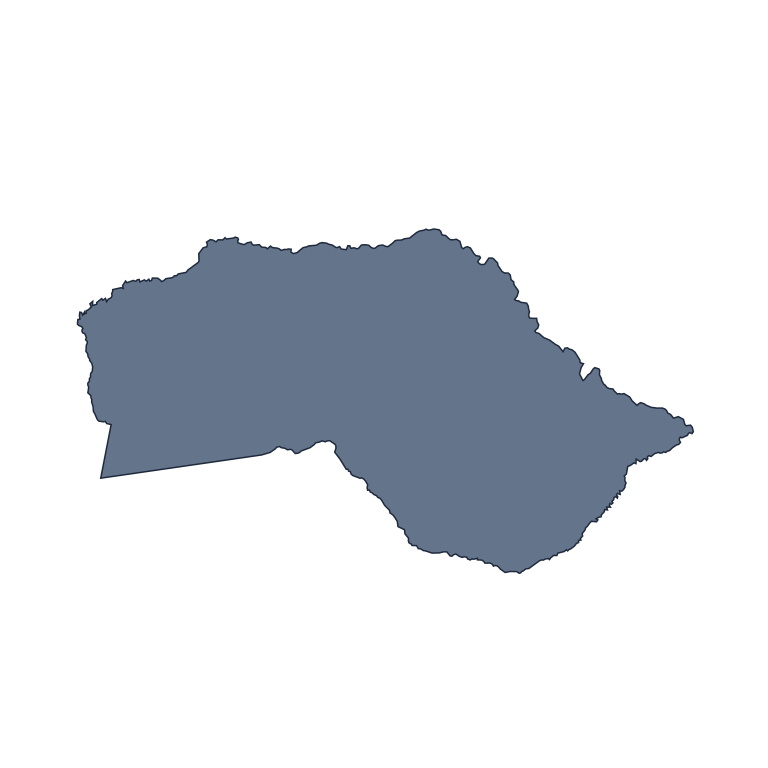 Santa Filomena, Piauí, Brazil, rotated 101°
{"feature_id": "56859067B19704876429785", "entity_name": "Santa Filomena", "entity_type": "district", "adm_level": 2, "iso_a3": "BRA", "parent_name": "Brazil", "parent_adm1": "Piauí", "projection": "albers", "projection_center": [-45.687, -8.973], "detail": "fine", "context": "isolated", "style": "filled", "palette": "slate", "viewbox_px": 768, "rotation_deg": 101, "n_neighbors": 0, "source": "geoboundaries", "source_scale": "gbopen_adm2", "svg_char_len": 6145}
<svg xmlns="http://www.w3.org/2000/svg" viewBox="0 0 768 768"><g transform="rotate(101 384 384)"><path d="M332.2,657.3L337.3,659.4L339.8,658.2L339.7,660.6L343.1,668.3L345.3,668.0L347.1,668.6L349.1,667.8L351.3,668.2L353.4,670.9L356.1,672.0L353.1,673.8L355.4,675.9L354.0,677.4L358.8,681.5L360.5,681.2L362.6,685.1L358.5,685.7L361.4,688.0L364.2,686.1L367.2,688.1L369.1,690.3L371.4,689.8L372.3,691.2L370.5,691.7L373.9,692.9L371.5,694.6L371.5,696.3L374.7,696.1L378.4,694.9L379.1,696.8L381.9,696.6L383.8,696.3L384.8,694.8L385.5,691.5L386.9,690.2L388.5,690.8L390.4,690.3L391.4,689.2L391.7,687.4L394.9,685.1L397.6,685.3L398.8,683.4L400.8,683.1L402.7,683.6L408.9,682.8L410.8,680.7L413.8,679.6L415.6,677.8L417.1,677.4L419.4,674.8L423.0,673.2L427.5,672.8L428.9,673.7L430.5,673.9L433.0,673.4L435.1,674.2L437.5,673.7L439.6,674.9L441.6,674.5L443.4,673.3L449.2,673.0L451.3,669.6L453.7,668.9L455.1,667.8L457.4,667.6L461.4,665.4L466.6,663.9L468.0,662.5L473.5,658.7L474.8,657.0L474.7,652.3L473.9,650.3L475.7,648.8L475.9,644.1L530.5,644.1L477.0,490.6L472.9,482.7L468.5,478.4L466.4,477.1L465.3,474.4L466.1,472.7L466.0,469.2L467.0,466.1L466.0,463.5L466.2,461.8L469.2,457.8L468.4,455.5L467.4,453.9L465.4,452.3L460.7,444.5L457.0,441.1L454.8,439.9L453.2,436.1L451.7,434.1L451.9,430.6L450.5,428.5L450.0,426.5L452.5,420.7L453.7,419.5L456.3,418.9L460.3,419.4L466.0,413.0L474.9,404.8L474.5,403.2L476.3,402.1L476.5,400.3L478.7,399.1L479.8,397.2L481.1,389.5L480.4,387.9L481.2,385.7L482.9,383.5L486.0,380.8L489.1,380.8L491.4,379.8L490.9,377.9L492.6,377.0L493.1,374.8L494.4,372.9L495.1,369.9L496.5,368.5L497.0,366.0L498.7,364.0L503.0,360.2L506.9,354.5L509.4,353.5L511.0,350.0L513.5,347.4L516.4,344.7L521.3,343.1L523.1,336.1L527.0,334.9L530.8,330.4L532.9,330.3L535.1,329.2L535.9,326.9L537.2,325.6L536.4,321.2L539.1,318.9L538.8,316.6L540.0,313.7L539.9,311.5L540.8,304.6L539.3,297.6L537.4,293.5L536.8,290.4L540.2,286.2L540.0,284.4L538.5,283.3L537.1,281.1L538.7,277.6L539.3,274.3L538.3,272.2L538.3,269.6L539.8,268.6L540.3,265.8L539.1,264.6L538.8,262.3L537.3,259.0L538.8,258.8L538.2,254.4L539.1,252.3L540.6,250.7L539.5,245.7L540.3,243.1L541.9,241.9L541.0,240.2L540.9,238.4L541.8,236.5L543.4,234.6L545.9,229.1L544.0,224.5L542.8,217.7L544.0,215.3L543.3,213.8L541.8,213.0L540.8,211.5L538.4,209.5L537.4,206.5L528.0,197.8L526.7,195.8L526.4,193.9L525.1,192.4L524.0,189.4L524.8,188.1L522.4,186.9L519.9,184.7L519.4,181.6L516.9,181.1L514.1,175.2L512.0,173.4L512.8,171.9L511.2,170.8L510.2,169.2L506.7,166.1L503.7,164.6L502.5,162.7L500.4,163.2L499.6,160.9L498.0,161.7L495.4,160.0L492.9,160.9L489.2,158.9L486.7,158.6L484.8,157.2L481.3,155.6L479.2,154.2L478.7,149.1L476.6,148.1L475.9,150.1L473.7,147.6L473.0,145.6L470.7,145.5L467.4,143.4L465.1,143.5L465.0,140.6L462.3,142.0L461.7,138.2L460.1,139.6L458.3,139.4L458.6,137.7L457.0,136.6L455.7,137.9L453.9,136.5L451.4,136.5L450.4,135.0L451.5,133.2L449.8,133.1L448.6,134.6L446.9,134.0L447.3,131.1L443.8,132.3L443.8,130.1L442.1,128.8L439.5,127.8L437.1,128.0L435.0,127.5L432.9,129.2L430.0,129.5L428.5,130.6L426.2,128.9L418.3,129.0L417.0,126.7L413.7,123.6L414.1,121.5L409.6,122.1L411.3,117.8L410.6,116.4L407.7,114.5L407.4,112.9L408.9,111.8L407.2,110.8L405.2,111.5L403.8,110.4L404.2,108.0L400.6,105.0L398.8,101.6L399.2,100.0L398.6,97.9L397.2,96.6L397.4,94.4L395.9,93.0L394.8,90.9L391.5,88.7L388.0,85.2L387.1,83.2L384.7,81.8L383.0,83.3L381.3,83.6L379.6,83.0L380.0,81.3L376.5,76.3L374.5,75.8L373.4,74.6L374.0,72.3L371.9,71.2L367.7,73.1L365.9,75.2L367.3,79.4L366.4,80.9L361.6,83.3L359.9,88.9L362.3,93.3L359.3,96.7L358.3,100.0L356.3,101.4L355.0,103.3L354.5,106.2L355.6,111.6L355.9,117.4L354.7,122.9L353.8,124.8L353.3,128.4L354.6,130.1L356.7,131.5L353.2,137.2L349.9,140.3L347.6,146.6L348.6,148.7L348.6,151.2L349.2,153.1L346.8,156.8L345.2,158.3L345.5,161.6L345.0,164.3L342.9,166.7L342.3,168.2L339.1,171.0L337.1,171.7L333.8,174.3L329.6,174.8L328.2,175.9L327.7,180.2L329.1,181.4L334.1,183.5L336.2,185.6L341.2,188.0L342.7,189.3L336.8,194.0L330.2,193.6L326.0,192.0L325.6,195.6L323.2,196.2L316.4,202.5L314.6,205.8L314.3,209.1L313.5,210.7L314.3,213.3L318.1,214.4L313.5,219.8L312.4,223.4L309.3,229.8L308.0,236.0L304.7,241.7L304.6,244.6L303.0,246.1L299.8,243.7L296.5,243.4L293.6,245.6L290.4,246.7L291.2,250.5L291.4,253.8L288.8,255.2L285.3,255.0L283.4,256.1L279.8,257.4L277.4,259.4L277.7,265.4L276.7,267.6L276.9,270.2L276.0,271.9L272.7,270.2L267.7,269.6L266.0,270.8L262.4,274.7L260.7,275.8L259.1,276.1L257.3,279.2L252.8,280.9L251.4,283.2L252.0,286.9L251.1,289.5L246.0,294.7L243.5,295.6L240.2,300.3L239.7,301.8L240.4,305.1L247.3,308.1L248.2,311.2L247.7,313.3L246.1,315.4L241.8,313.4L240.4,314.4L240.4,318.5L238.5,321.0L234.0,325.1L233.3,328.3L234.5,330.6L236.1,332.0L235.2,333.8L229.5,336.7L228.1,340.6L229.3,343.7L229.7,346.7L226.5,351.8L226.6,355.4L223.3,357.5L222.1,359.3L222.3,364.7L224.2,368.5L224.4,370.1L224.0,372.3L225.2,373.8L227.3,378.7L229.2,381.0L235.9,386.8L237.6,391.8L239.3,394.2L240.5,399.1L241.4,400.6L244.1,402.4L248.5,406.4L248.5,408.9L247.8,411.7L249.0,415.3L249.9,416.6L252.2,418.4L252.9,420.2L252.4,422.7L250.7,425.4L250.9,429.3L251.9,432.7L255.5,434.8L256.4,436.1L256.0,439.3L257.1,442.4L254.8,444.0L255.2,445.9L259.3,446.6L259.7,451.7L257.6,453.8L258.8,455.6L259.2,457.1L257.5,461.2L257.3,465.2L256.7,467.1L257.0,471.8L258.1,474.0L260.7,476.9L262.8,484.3L264.0,485.8L265.7,489.6L271.7,494.5L273.3,497.9L272.2,500.6L269.4,500.8L269.7,503.7L270.6,505.4L270.9,507.6L272.5,510.4L271.3,512.6L271.0,515.0L271.4,519.3L270.3,521.8L273.5,524.1L272.5,526.2L273.0,530.0L271.0,533.1L272.7,538.7L271.5,540.5L270.0,541.6L271.6,545.4L273.8,547.7L273.8,549.8L273.3,554.2L271.8,554.9L270.1,554.4L268.6,555.3L268.2,558.1L269.5,559.7L271.7,566.4L270.7,568.0L273.3,569.6L274.1,574.4L276.5,576.0L275.4,579.2L275.4,582.0L278.6,585.3L280.8,584.0L283.1,584.1L284.8,587.5L291.3,590.7L298.3,589.1L299.8,589.3L309.6,598.3L312.1,599.4L315.2,607.0L317.1,608.1L317.8,610.5L319.5,611.5L320.3,612.8L322.2,618.2L324.6,620.0L325.9,621.8L324.9,623.0L323.3,626.2L324.2,631.6L326.8,632.0L327.7,633.6L326.0,634.8L328.4,637.0L327.5,639.1L330.4,643.1L328.1,644.2L328.8,646.1L330.6,647.2L330.2,649.9L333.6,655.7L332.2,657.3Z" fill="#64748b" stroke="#1e293b" stroke-width="1.5"/></g></svg>